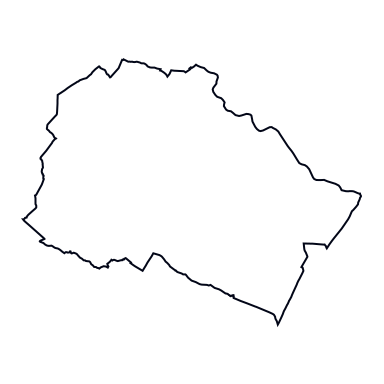 the district of Todiresti, Suceava, Romania
{"feature_id": "2599482B78954839759131", "entity_name": "Todiresti", "entity_type": "district", "adm_level": 2, "iso_a3": "ROU", "parent_name": "Romania", "parent_adm1": "Suceava", "projection": "albers", "projection_center": [26.059, 47.693], "detail": "fine", "context": "isolated", "style": "outline", "palette": "ink", "viewbox_px": 384, "rotation_deg": 0, "n_neighbors": 0, "source": "geoboundaries", "source_scale": "gbopen_adm2", "svg_char_len": 5774}
<svg xmlns="http://www.w3.org/2000/svg" viewBox="0 0 384 384"><path d="M277.8,324.6L278.8,322.8L281.4,317.3L282.9,313.9L283.4,312.4L284.0,310.9L285.3,308.6L287.1,304.9L287.8,303.8L288.6,302.0L289.1,300.7L289.6,300.0L291.3,296.9L292.0,295.0L293.1,292.5L293.7,291.2L296.7,284.7L297.4,282.8L298.5,280.5L299.2,279.4L302.3,273.3L303.4,270.9L303.1,269.4L302.6,267.6L302.2,267.4L301.9,267.4L301.4,267.1L307.4,256.8L307.3,256.5L307.3,256.2L305.9,252.7L305.0,251.1L304.7,250.7L304.3,249.1L303.7,243.5L312.8,243.7L323.6,244.6L324.6,244.5L325.2,245.4L325.8,245.9L326.4,247.7L326.8,248.4L329.3,244.5L331.9,240.9L333.9,238.3L341.7,228.6L348.1,219.3L349.7,216.4L351.5,212.1L352.0,211.2L352.4,210.7L353.0,210.3L356.1,206.8L358.0,204.3L358.2,202.5L359.7,199.3L360.0,197.9L360.3,197.4L360.6,197.0L360.9,196.5L361.0,196.1L360.7,195.3L360.1,194.5L360.0,193.6L359.2,193.6L358.8,193.5L357.4,193.0L356.1,192.4L354.0,191.5L352.8,191.2L349.7,191.1L348.3,191.3L345.9,191.2L341.6,190.2L340.2,187.4L338.7,185.5L335.4,183.8L327.4,181.3L324.1,179.9L320.2,180.1L316.4,180.0L314.2,179.0L313.0,177.4L309.2,169.2L306.9,166.5L304.8,165.1L301.6,164.3L299.3,163.1L297.1,159.7L293.4,153.6L291.6,151.0L288.8,147.5L287.6,145.9L280.0,134.3L278.3,131.5L275.8,129.4L272.8,127.9L271.7,127.1L269.7,127.2L263.0,130.5L260.5,131.1L259.0,130.7L256.9,129.0L255.2,126.8L252.5,121.6L252.1,119.2L251.4,115.6L250.5,114.7L248.5,114.1L246.4,113.9L241.4,115.5L239.1,116.0L235.5,115.1L233.0,112.9L231.0,111.3L227.7,110.7L226.1,109.6L223.9,106.1L224.1,104.2L224.6,102.4L222.9,99.9L221.2,98.2L217.2,96.8L215.4,95.0L213.3,91.9L212.7,89.4L213.4,87.6L216.4,83.7L216.5,81.5L217.9,77.5L217.6,75.7L216.9,74.7L214.1,73.3L210.7,72.7L208.4,71.8L206.7,70.5L204.1,68.0L200.7,67.1L197.5,65.7L196.0,64.7L193.9,66.6L191.7,68.0L190.9,67.3L189.4,68.5L190.0,69.4L185.6,72.4L184.7,71.7L183.8,71.2L174.1,70.7L171.2,70.3L169.7,73.6L169.2,74.4L167.4,76.6L166.8,75.4L165.7,74.0L164.0,72.6L161.9,71.2L160.9,70.7L160.1,70.5L160.6,69.2L157.2,68.6L154.5,67.6L151.7,67.6L149.9,67.4L147.6,66.4L146.7,65.2L145.9,64.5L144.7,63.7L143.9,63.4L143.2,63.3L141.6,63.3L141.1,63.2L139.8,62.5L136.8,61.7L134.7,62.1L133.2,62.0L132.2,61.7L130.5,61.8L129.7,61.6L128.4,61.7L127.8,61.5L126.1,60.6L123.6,59.4L123.4,59.9L122.5,60.1L122.1,59.9L122.0,60.1L118.6,68.2L111.6,76.0L110.9,76.9L110.4,77.3L110.0,77.4L109.0,75.8L108.4,74.9L108.0,74.5L107.4,74.5L107.1,74.3L106.6,73.6L105.6,71.2L104.7,69.9L102.6,69.1L100.8,68.2L100.4,68.0L99.8,67.0L99.3,66.4L99.0,66.4L95.4,69.2L92.4,72.2L92.0,72.8L91.4,73.7L91.1,74.2L89.7,75.2L86.7,78.0L86.3,78.2L83.5,78.9L79.7,80.3L78.4,81.5L77.8,81.6L77.1,81.9L76.0,82.7L71.7,85.3L67.7,88.0L64.7,90.3L57.7,94.9L57.6,98.6L57.5,99.9L57.5,103.6L57.1,111.6L56.9,114.0L56.6,114.7L56.3,115.1L54.9,116.5L47.6,124.5L47.3,125.3L47.1,127.3L46.9,128.0L46.9,128.6L46.9,128.9L47.1,129.2L47.4,129.4L48.0,130.0L48.6,130.4L48.9,130.7L49.9,132.0L50.4,132.4L51.0,132.7L52.3,133.8L53.4,135.3L53.6,135.9L54.4,137.5L55.1,138.1L55.9,138.4L56.0,138.5L55.7,138.7L55.3,138.8L55.0,139.0L52.9,141.3L52.4,142.0L52.1,142.8L46.2,150.8L41.0,156.9L40.9,157.3L40.5,157.9L40.5,158.8L41.4,159.5L41.6,159.8L41.6,160.2L42.2,160.9L42.3,161.9L42.7,163.5L42.6,164.1L42.6,164.5L42.8,165.0L42.7,165.9L43.0,167.2L42.7,168.1L42.0,169.3L42.0,170.1L41.8,170.6L41.8,171.4L41.7,171.7L41.8,172.2L42.0,172.6L42.1,173.2L42.2,173.4L42.6,173.6L42.6,174.0L42.9,174.4L42.9,174.6L42.8,174.8L43.4,175.3L43.6,175.5L43.6,176.2L43.3,176.6L43.3,178.6L43.4,178.9L43.8,179.1L42.3,183.3L41.7,184.8L36.6,194.1L36.2,194.8L35.8,195.1L35.0,195.5L35.2,196.3L35.3,197.1L35.5,198.3L35.5,203.4L35.6,204.4L36.2,205.3L36.3,207.2L36.1,207.7L35.2,208.7L32.3,211.2L28.4,214.7L27.7,215.5L27.0,216.4L26.6,217.6L25.4,217.7L25.0,217.9L24.8,218.4L24.3,218.9L23.5,219.3L23.0,219.3L23.9,220.5L25.5,222.0L31.0,226.8L44.5,238.8L44.5,239.0L40.8,240.5L40.1,240.9L39.8,241.3L40.0,241.6L40.3,241.9L41.7,242.3L42.4,242.7L43.2,242.9L43.9,243.4L44.8,244.3L46.6,245.4L47.6,245.7L48.9,245.9L51.1,245.7L51.6,245.7L52.7,246.3L53.8,247.1L54.7,247.7L55.8,248.1L57.8,248.5L59.1,249.2L60.4,250.1L62.4,251.8L64.4,253.2L65.1,252.6L65.7,252.2L66.9,252.2L67.3,252.5L67.9,252.6L69.4,252.4L69.8,252.2L70.0,251.4L70.5,251.4L71.1,253.1L71.5,253.4L72.5,253.2L73.7,252.7L74.6,253.0L76.3,253.7L77.1,254.3L78.1,255.6L79.3,256.8L79.6,257.4L82.1,258.8L82.9,259.6L83.7,260.3L84.3,260.3L85.1,260.4L85.7,260.9L86.6,261.1L89.3,261.4L89.7,261.7L90.2,262.2L90.6,263.0L91.1,264.0L91.3,264.3L92.8,265.3L94.1,266.9L96.1,267.1L97.2,267.9L98.5,268.1L99.3,268.6L100.7,267.4L103.7,266.2L106.1,266.6L107.8,267.6L108.4,266.5L107.9,265.6L107.6,264.9L107.3,263.8L109.0,262.5L109.9,261.7L111.1,260.3L111.4,259.8L112.4,260.5L113.1,260.0L114.0,259.8L114.8,260.0L116.7,260.8L117.8,261.1L120.7,260.3L122.3,260.2L122.4,259.7L123.0,259.4L123.8,259.6L124.1,259.4L124.0,259.0L124.1,258.8L125.7,258.1L131.0,262.5L130.5,263.1L133.0,264.9L134.9,266.2L142.6,270.8L144.3,268.0L145.8,265.6L147.5,262.5L149.1,260.1L151.7,256.2L153.3,253.3L159.5,255.1L160.7,255.8L161.5,256.3L162.1,256.9L164.0,259.2L165.1,260.8L165.5,261.5L167.2,262.9L169.0,264.8L169.5,265.5L169.9,266.4L174.6,269.9L175.2,270.2L175.4,270.6L175.8,270.5L177.3,272.0L181.7,273.5L183.1,274.4L185.4,274.4L185.9,274.8L188.1,277.7L191.6,280.6L195.8,282.1L199.6,284.1L201.5,284.6L207.0,284.9L208.8,285.5L210.5,284.9L214.6,287.9L219.0,289.3L221.2,290.5L225.4,293.4L226.2,293.6L226.8,293.6L228.1,294.2L228.8,295.0L229.4,295.1L229.6,295.2L230.1,296.0L230.5,296.2L230.8,296.2L231.5,295.6L232.2,295.9L232.8,295.8L232.9,295.6L232.9,295.3L233.0,295.1L233.5,295.1L233.6,295.8L233.8,296.8L233.5,297.5L233.6,298.0L235.8,298.9L240.5,300.9L247.2,303.4L255.4,306.6L256.1,306.8L269.3,312.3L272.7,313.9L273.9,314.7L275.1,316.7L275.2,317.7L275.4,318.4L275.8,319.5L276.5,320.5L276.9,321.5L277.8,324.6Z" fill="none" stroke="#020617" stroke-width="2"/></svg>